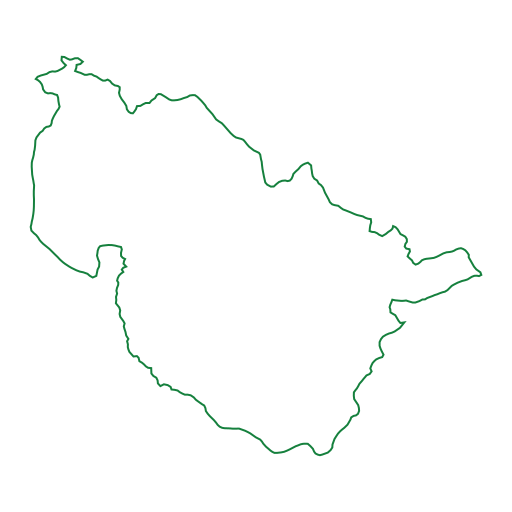 Minas Novas, Minas Gerais, Brazil
{"feature_id": "56859067B75045763241857", "entity_name": "Minas Novas", "entity_type": "district", "adm_level": 2, "iso_a3": "BRA", "parent_name": "Brazil", "parent_adm1": "Minas Gerais", "projection": "mercator", "projection_center": [-42.425, -17.355], "detail": "fine", "context": "isolated", "style": "outline", "palette": "green", "viewbox_px": 512, "rotation_deg": 0, "n_neighbors": 0, "source": "geoboundaries", "source_scale": "gbopen_adm2", "svg_char_len": 5936}
<svg xmlns="http://www.w3.org/2000/svg" viewBox="0 0 512 512"><path d="M332.5,444.5L334.5,439.0L336.2,436.3L338.0,433.6L340.1,431.3L341.9,429.7L344.3,427.8L347.5,424.7L350.4,419.7L351.2,417.4L353.6,415.9L356.0,415.4L358.0,413.8L359.1,410.9L358.9,408.0L358.2,405.1L354.2,399.1L353.8,395.8L353.9,392.3L355.5,390.1L356.9,388.4L358.2,386.2L359.5,383.7L361.9,381.0L363.6,378.8L365.0,377.2L366.5,375.4L369.7,374.0L371.6,371.4L370.3,368.4L371.4,365.5L372.6,363.0L374.4,361.0L376.2,359.4L379.2,358.0L382.2,357.1L383.5,354.7L381.7,351.2L380.5,348.6L379.6,345.8L379.6,342.1L381.0,339.1L382.9,336.7L386.0,334.8L389.0,333.5L391.9,332.7L394.6,331.5L400.0,327.8L404.3,322.4L400.4,323.0L398.5,320.7L395.3,315.2L392.8,313.8L390.5,312.4L390.3,309.3L389.6,307.2L390.3,304.7L391.4,302.2L392.3,299.7L395.2,300.3L401.4,300.9L403.7,300.8L406.1,300.5L408.5,301.3L412.6,302.5L415.4,302.5L419.4,301.1L422.4,299.5L425.0,299.4L427.2,298.0L432.6,296.0L434.6,295.1L437.2,294.3L439.8,293.2L442.7,292.2L444.9,291.7L447.5,290.1L451.7,285.9L453.7,284.7L457.6,282.7L462.0,281.0L465.2,280.2L467.6,279.4L471.8,276.8L474.3,275.8L476.9,275.7L479.0,276.1L481.3,274.9L480.4,272.3L476.3,269.4L474.0,266.6L468.7,257.3L468.8,254.8L467.1,252.3L465.3,250.3L463.2,249.0L461.0,248.2L458.6,248.6L456.1,249.5L454.1,250.7L452.1,251.5L449.7,252.0L446.6,252.3L443.3,253.4L438.8,255.8L436.5,256.9L433.8,257.9L430.1,258.4L426.4,258.8L424.2,259.3L421.9,260.3L420.4,261.9L418.3,263.6L415.6,264.6L413.2,262.9L412.0,260.4L409.8,258.5L407.6,256.4L408.5,254.0L409.9,251.5L409.5,249.2L406.3,248.6L404.7,246.6L405.4,243.9L406.9,241.8L406.8,239.1L405.3,236.7L402.9,235.3L400.5,234.1L397.6,229.3L395.6,227.2L393.1,226.1L392.5,228.6L390.8,230.3L388.3,231.9L385.8,234.0L382.2,236.1L379.1,234.7L377.1,233.2L374.6,232.1L372.0,231.9L369.6,231.1L369.9,227.9L370.3,225.2L371.2,222.3L370.8,219.1L367.9,218.7L365.4,217.8L362.9,216.4L357.0,215.0L354.3,214.0L350.7,212.4L345.7,210.4L343.2,209.5L341.0,208.0L338.3,205.8L334.5,205.1L332.1,204.3L329.9,202.2L328.6,199.3L325.0,192.7L323.0,187.6L321.0,185.1L318.7,183.5L317.1,180.5L314.3,178.7L312.7,176.1L312.1,173.4L311.8,170.8L311.4,168.6L311.1,165.4L307.9,162.7L304.9,163.7L302.9,164.7L300.8,166.2L298.4,169.1L295.5,171.7L293.4,173.9L292.7,176.2L291.6,178.7L289.8,180.6L287.6,181.1L285.2,180.5L282.1,180.8L279.0,182.0L276.5,184.0L273.8,186.5L270.8,186.6L267.2,184.7L265.3,182.5L263.9,176.4L262.5,169.0L262.0,165.0L261.7,161.8L261.0,159.2L260.2,154.6L258.9,152.8L253.8,150.4L249.1,146.7L247.0,144.3L245.0,141.7L243.4,139.9L241.5,139.0L236.0,137.5L233.6,135.9L230.7,133.2L223.7,125.2L221.8,123.2L218.9,121.4L216.1,119.4L212.5,114.2L206.7,107.8L205.3,105.4L203.4,103.1L201.3,100.7L197.4,96.9L195.0,95.2L192.8,95.1L189.8,95.5L187.3,97.0L183.7,98.1L180.8,99.2L177.5,100.0L174.4,100.3L171.7,100.3L169.3,99.5L165.7,97.1L160.9,94.2L158.6,94.0L156.7,95.2L155.1,98.1L151.5,100.5L149.5,103.0L145.7,103.0L143.0,104.3L140.4,105.9L137.0,106.1L136.0,109.1L134.3,111.6L132.9,113.3L130.8,113.1L128.7,111.8L126.9,109.3L126.3,105.9L124.3,102.6L121.7,99.2L119.8,95.8L119.0,92.8L119.7,89.7L119.7,87.2L117.9,86.0L114.8,85.4L112.1,83.6L110.0,81.0L107.6,79.6L105.2,80.6L102.9,80.6L100.7,79.4L98.5,78.0L96.6,76.6L94.0,75.7L91.6,74.2L89.3,74.2L86.9,74.8L84.7,74.8L80.6,72.9L78.0,72.1L75.1,71.0L76.3,67.9L76.6,64.9L80.4,64.0L82.8,61.7L80.4,59.9L77.9,58.2L74.8,58.3L71.9,59.4L69.8,59.7L67.3,58.6L64.4,57.0L61.8,56.8L61.5,60.4L63.7,63.2L65.9,65.2L64.1,67.2L62.1,68.6L57.5,71.0L55.1,71.6L52.3,71.4L49.5,72.1L46.7,73.9L40.8,75.5L37.6,76.8L35.8,79.0L38.0,80.2L40.0,81.9L41.8,84.4L42.6,86.7L43.1,89.4L45.2,92.3L48.0,93.4L50.3,93.1L52.5,93.4L54.8,94.4L57.1,95.0L58.1,97.6L58.4,101.0L59.0,104.3L59.6,106.7L58.5,109.0L57.0,110.9L54.0,116.0L52.8,118.5L51.9,120.7L51.6,123.2L50.7,125.5L48.8,126.5L46.4,126.9L44.2,128.5L42.6,130.9L40.1,132.6L36.5,137.4L35.4,140.3L35.1,145.7L34.6,149.8L34.0,152.0L33.8,154.5L33.1,157.6L32.3,160.2L31.8,162.7L31.7,166.6L32.2,174.7L32.8,178.1L33.3,180.6L33.7,183.2L34.1,185.3L34.0,187.7L33.8,191.1L33.8,195.1L34.0,199.5L33.9,206.7L33.7,210.5L33.3,214.0L32.6,218.3L31.8,221.6L31.4,224.1L30.7,226.9L31.4,230.6L33.9,233.2L36.2,235.1L38.1,237.5L39.5,239.9L41.0,241.7L43.1,243.8L49.5,249.0L54.7,254.2L57.6,257.0L60.0,259.6L62.9,262.2L65.0,263.8L69.1,266.5L71.5,267.9L76.4,270.3L79.9,271.6L83.3,272.3L87.5,273.8L89.8,275.8L92.7,277.5L96.3,275.9L97.6,269.5L99.1,266.6L99.4,262.4L98.0,259.0L97.0,255.6L97.4,253.2L97.7,250.7L98.7,247.9L100.1,246.2L102.8,245.6L108.4,245.0L112.0,245.1L115.1,245.6L118.1,246.4L121.0,247.0L121.8,249.4L121.0,252.9L121.1,256.0L122.7,257.8L125.1,259.0L124.1,260.9L123.5,263.7L126.2,266.6L123.2,267.8L121.8,269.6L123.3,272.0L120.9,273.7L119.0,275.6L117.7,278.3L117.1,280.7L118.3,282.5L118.2,284.9L117.0,287.9L116.4,290.8L117.1,293.6L116.0,296.9L116.3,300.0L115.9,303.3L119.3,307.5L120.2,310.4L119.6,314.0L120.3,316.9L123.3,321.0L124.6,323.4L123.8,326.4L124.4,328.7L125.5,332.0L126.2,335.5L128.4,338.9L127.1,341.2L127.9,344.3L127.8,347.1L128.4,349.4L129.4,351.9L133.5,356.5L136.9,356.1L138.6,357.8L139.4,361.2L142.0,362.7L144.0,364.4L145.9,366.4L148.1,367.8L151.2,368.1L151.4,373.5L153.4,376.0L156.3,377.7L157.6,380.4L157.9,383.4L160.4,386.1L163.9,384.3L167.7,385.1L170.6,386.9L171.5,389.5L174.5,389.8L177.6,390.5L179.8,392.2L182.4,393.6L184.9,394.7L187.8,394.7L190.7,395.3L193.8,397.4L195.8,399.7L197.8,401.2L202.0,404.2L204.2,405.5L205.4,408.1L205.9,411.1L207.7,413.7L209.8,416.1L213.8,420.0L216.1,422.7L217.7,424.9L219.7,426.7L222.1,427.8L224.3,428.2L229.9,428.4L233.1,428.7L239.1,428.6L245.0,430.7L247.9,432.1L250.3,433.4L255.8,437.3L260.2,439.6L261.9,441.5L263.3,443.7L266.0,446.7L268.6,448.9L270.4,450.5L272.4,451.9L274.5,452.9L276.8,452.9L281.1,452.4L284.1,451.8L286.9,450.7L289.7,449.4L295.8,446.2L297.8,445.5L300.7,444.3L303.1,443.8L305.3,443.7L307.8,443.8L310.4,446.1L312.9,448.8L314.1,451.6L315.5,453.5L317.7,454.6L319.9,455.2L322.2,454.6L327.8,452.6L330.6,450.1L332.3,447.5L332.5,444.5Z" fill="none" stroke="#15803d" stroke-width="2"/></svg>